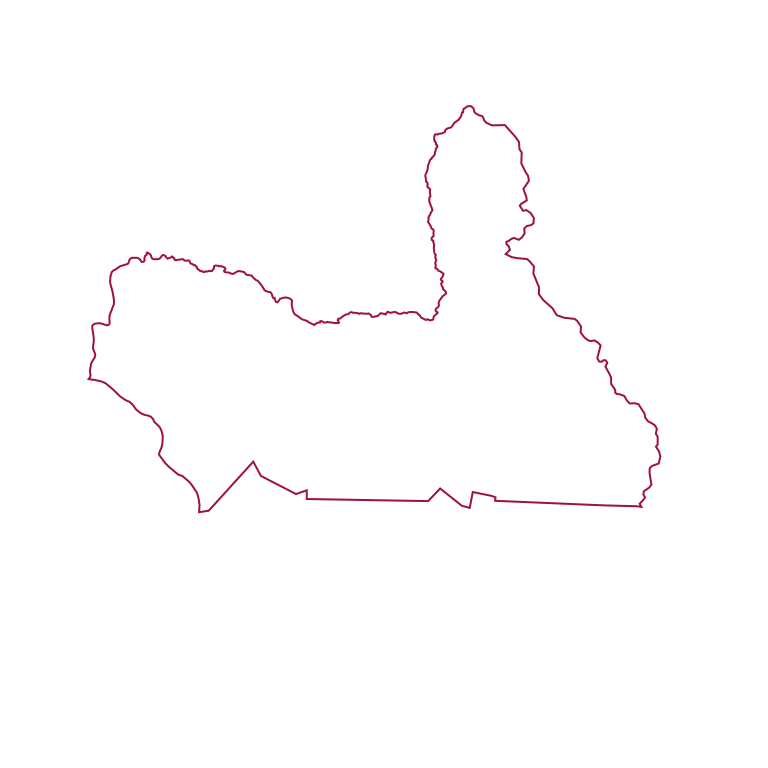 outline of Municipality G, Montevideo, Uruguay, rotated 327°
{"feature_id": "84410073B78060489397838", "entity_name": "Municipality G", "entity_type": "district", "adm_level": 2, "iso_a3": "URY", "parent_name": "Uruguay", "parent_adm1": "Montevideo", "projection": "mercator", "projection_center": [-56.252, -34.779], "detail": "fine", "context": "isolated", "style": "outline", "palette": "rose", "viewbox_px": 768, "rotation_deg": 327, "n_neighbors": 0, "source": "geoboundaries", "source_scale": "gbopen_adm2", "svg_char_len": 6154}
<svg xmlns="http://www.w3.org/2000/svg" viewBox="0 0 768 768"><g transform="rotate(327 384 384)"><path d="M139.0,219.0L142.0,221.8L143.1,222.5L147.5,227.0L148.9,228.7L150.9,231.8L153.7,240.7L156.0,250.9L158.6,257.0L160.8,260.2L162.0,265.0L162.2,270.3L163.9,275.6L166.3,279.4L169.0,282.1L170.7,284.5L171.2,287.8L170.7,290.6L172.4,297.9L171.9,301.9L170.4,306.6L166.4,312.4L163.4,315.6L158.4,319.0L156.8,320.8L157.4,330.7L158.4,336.0L162.1,348.0L164.7,351.1L167.3,359.9L167.8,363.6L167.9,373.5L166.2,378.9L163.4,385.0L159.1,390.8L168.0,394.8L232.1,377.9L230.7,394.1L250.3,428.4L261.3,431.1L256.6,438.4L357.3,506.3L374.2,502.2L382.9,528.4L388.4,534.6L399.6,523.0L413.0,536.1L415.8,539.7L413.6,542.5L503.8,606.6L529.3,624.1L532.9,627.2L533.2,623.7L538.1,622.5L541.2,621.2L541.4,617.8L543.5,615.5L550.1,615.3L553.4,614.1L558.3,603.2L560.9,599.4L564.1,598.7L571.1,600.3L576.4,595.2L577.9,590.1L578.0,584.6L580.5,583.9L584.8,577.2L584.9,573.7L588.5,570.1L588.7,566.4L587.4,563.1L585.2,559.4L584.7,554.7L586.4,550.7L586.4,539.5L584.1,536.9L579.5,534.2L578.7,530.3L579.0,525.0L576.2,521.2L573.8,519.1L573.2,517.2L574.7,515.0L574.5,507.7L578.0,502.2L578.6,497.7L579.2,490.0L582.8,487.9L582.9,485.0L581.4,483.7L578.6,483.8L576.8,482.5L576.9,478.6L586.7,469.6L586.1,466.1L584.2,462.0L581.7,461.1L579.3,459.2L577.5,454.6L576.9,447.9L580.5,443.1L580.4,436.2L579.3,433.2L571.2,426.6L566.4,420.4L566.5,412.0L563.3,400.4L562.8,393.0L566.6,387.6L569.5,372.6L573.8,367.2L573.0,360.7L572.0,357.1L564.8,351.4L560.2,347.2L556.8,341.3L562.6,340.1L563.6,336.9L563.0,333.2L564.1,331.4L566.3,331.9L569.3,331.7L572.5,332.2L575.6,336.5L579.9,336.1L583.9,334.3L586.4,329.9L590.0,329.3L593.6,330.8L596.8,330.7L600.1,326.5L600.1,320.5L598.1,315.7L594.9,314.4L595.0,308.4L596.9,307.6L603.7,307.8L605.2,304.7L607.1,296.4L616.2,292.5L618.2,287.9L618.2,282.8L619.3,273.8L625.6,264.8L625.5,260.9L629.0,254.6L628.8,248.2L626.4,232.7L615.3,225.8L612.1,220.6L611.6,217.5L612.4,214.3L612.0,212.4L609.9,210.2L608.1,206.4L608.1,205.0L609.2,201.3L608.6,199.6L608.6,198.8L607.8,198.1L605.5,196.6L600.4,196.7L598.3,199.2L597.3,198.8L594.6,201.4L590.7,203.0L585.1,203.3L581.3,205.0L579.5,205.3L576.7,204.3L575.1,204.2L573.3,204.8L572.1,205.9L568.7,205.3L566.2,204.0L564.8,204.0L564.3,203.3L562.6,202.5L560.8,203.9L559.1,206.6L559.2,207.5L558.6,208.1L559.0,210.2L558.1,211.2L558.1,211.8L558.5,212.5L558.0,214.2L555.6,214.9L554.4,216.5L552.7,217.6L551.8,219.0L549.8,219.9L547.4,220.2L546.5,221.0L544.8,221.1L544.0,221.5L543.5,222.2L539.7,224.9L538.1,227.1L535.8,229.2L532.7,231.1L531.9,232.1L530.3,236.2L529.5,237.2L530.0,238.7L529.5,240.4L528.5,241.1L527.8,242.2L527.9,242.8L528.3,243.2L528.2,244.1L528.7,245.2L528.7,245.9L527.0,247.9L525.2,251.9L524.0,252.1L522.9,253.1L522.4,254.5L521.5,255.2L519.4,264.5L518.3,265.2L516.7,265.6L515.5,266.8L512.3,268.2L511.1,270.3L509.2,272.1L509.2,276.7L508.6,279.5L509.5,281.4L509.0,282.9L507.8,284.1L506.3,286.9L504.0,287.2L503.0,288.0L502.5,289.1L503.3,290.4L503.3,290.9L502.5,292.0L502.1,294.2L499.9,297.0L497.9,300.8L497.4,303.1L497.7,303.9L497.6,304.2L495.7,306.0L495.4,308.5L492.9,310.3L491.9,313.0L490.2,314.6L490.3,315.2L491.2,316.3L491.3,318.6L492.6,320.3L493.9,324.0L492.8,325.1L490.5,326.4L488.9,326.9L488.4,327.6L489.1,329.8L488.5,330.4L487.0,330.7L486.4,331.3L485.9,333.3L485.9,335.6L485.2,336.5L486.0,339.8L485.7,341.3L485.1,342.0L480.6,342.4L475.2,344.6L473.8,346.0L473.1,347.7L472.2,348.5L470.8,349.1L469.4,349.0L468.0,349.6L467.2,350.4L467.2,351.5L467.9,352.6L467.7,353.6L462.5,354.5L460.6,356.5L460.0,356.7L457.4,355.8L455.7,353.4L454.3,353.3L453.3,352.0L451.3,348.3L451.4,345.6L450.6,343.9L450.6,342.2L448.6,340.3L445.3,337.9L443.0,337.0L441.6,337.1L439.9,335.0L436.7,334.5L435.4,333.7L433.9,332.2L433.1,330.2L431.6,329.1L427.9,327.7L426.6,325.6L425.5,325.5L423.2,326.6L422.3,325.2L419.7,322.8L416.0,323.5L412.5,322.3L410.6,321.2L410.3,320.9L410.5,319.1L409.8,316.9L409.3,316.4L407.3,315.5L406.3,314.4L404.7,313.5L402.7,311.7L401.4,311.7L400.2,309.8L396.6,307.2L396.1,306.2L394.5,305.5L391.9,306.0L390.1,305.0L387.8,304.8L382.6,305.2L381.2,304.4L380.0,305.2L380.1,306.5L379.7,307.7L379.3,308.2L378.8,308.1L377.9,307.2L375.8,306.1L373.9,304.1L371.5,302.4L370.5,301.2L368.2,300.6L366.8,299.3L366.5,298.1L365.3,296.8L364.8,296.6L363.8,297.6L361.9,296.5L358.6,296.3L358.0,296.7L357.5,296.3L354.3,290.9L353.9,289.3L350.9,285.6L349.6,283.2L349.4,282.0L347.2,277.0L347.0,275.9L347.6,272.8L349.8,267.1L352.1,264.4L352.2,263.0L351.9,261.7L350.6,259.8L348.6,257.8L346.0,256.7L343.2,256.0L340.6,257.1L339.0,257.4L338.2,256.5L338.2,255.1L339.0,252.4L338.4,252.5L338.0,251.8L338.1,249.8L338.8,248.1L338.8,245.2L336.4,242.9L334.9,240.5L335.1,235.1L334.4,228.9L333.2,227.0L332.2,223.2L332.1,221.0L328.5,217.9L327.8,216.4L327.7,214.1L325.6,211.8L323.5,210.1L322.1,209.7L317.6,209.6L315.8,208.1L315.2,206.7L311.8,203.8L311.3,202.8L311.5,201.9L312.8,201.7L313.7,201.1L313.9,200.0L313.0,198.2L311.7,196.6L310.7,196.1L309.7,194.9L307.1,192.8L305.7,192.6L304.2,194.6L302.7,194.8L301.6,195.6L300.5,195.3L298.9,193.8L297.4,193.7L295.9,192.4L294.9,192.5L293.5,191.8L293.1,190.4L292.3,190.1L291.3,189.0L291.4,188.2L290.3,186.3L290.4,184.8L290.8,184.1L290.3,183.1L290.3,181.5L289.2,180.6L288.6,179.0L287.4,177.6L287.8,175.1L287.5,173.9L284.5,172.5L283.7,171.3L283.7,170.3L283.1,169.6L276.4,166.5L276.1,165.5L276.6,164.4L276.0,163.4L276.0,162.0L275.7,161.6L274.1,161.8L270.8,161.0L270.2,158.8L270.4,157.4L269.2,155.6L268.0,155.4L264.1,156.7L261.6,155.8L258.9,153.9L258.0,152.8L258.0,151.0L258.6,149.2L258.4,147.3L257.0,144.8L256.4,144.9L255.4,146.3L253.0,146.6L251.5,148.2L250.4,150.1L249.1,150.5L247.5,149.9L247.1,148.8L247.2,146.6L246.0,143.9L241.2,140.8L238.7,140.9L235.6,143.3L234.5,143.7L226.8,141.5L221.7,141.7L218.7,141.4L216.6,141.9L213.3,144.7L210.2,148.7L209.1,150.9L206.6,158.7L205.5,161.4L203.4,166.2L201.0,169.9L191.7,176.6L189.6,179.1L186.9,183.8L185.4,184.4L183.7,184.0L179.3,178.7L176.9,177.1L174.0,175.9L172.0,176.0L171.1,176.4L170.0,177.7L165.8,187.1L163.4,190.7L159.7,194.9L159.0,197.0L158.4,200.2L157.6,202.5L155.8,204.2L151.2,206.3L149.2,207.6L144.5,212.9L142.7,216.7L141.5,218.0L139.0,219.0Z" fill="none" stroke="#9f1239" stroke-width="2"/></g></svg>